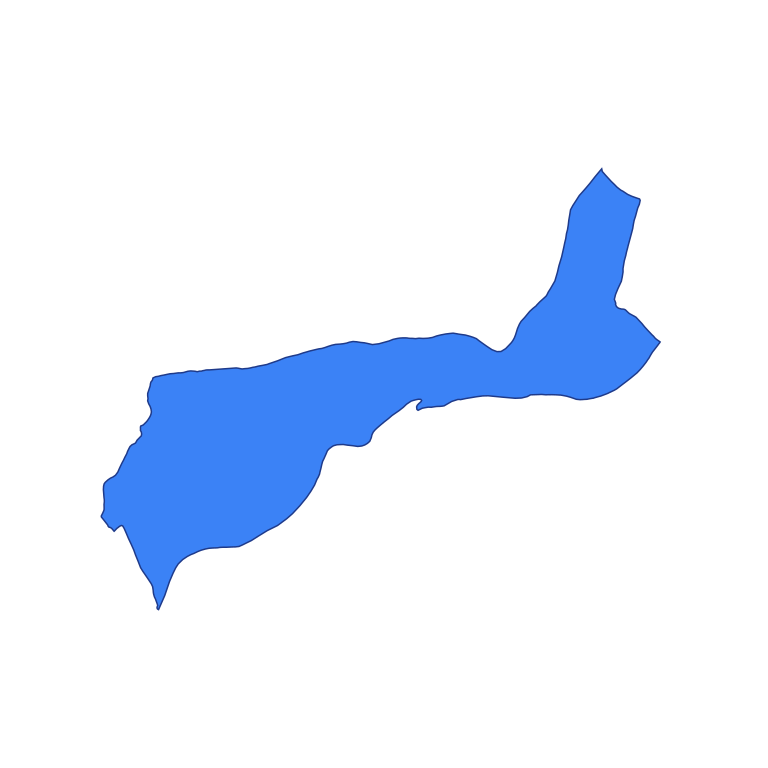 the district of Stueng Traeng, Stœng Trêng, Cambodia, rotated 234°
{"feature_id": "14789045B25849746907404", "entity_name": "Stueng Traeng", "entity_type": "district", "adm_level": 2, "iso_a3": "KHM", "parent_name": "Cambodia", "parent_adm1": "Stœng Trêng", "projection": "natural_earth1", "projection_center": [106.059, 13.658], "detail": "fine", "context": "isolated", "style": "filled", "palette": "blue", "viewbox_px": 768, "rotation_deg": 234, "n_neighbors": 0, "source": "geoboundaries", "source_scale": "gbopen_adm2", "svg_char_len": 5912}
<svg xmlns="http://www.w3.org/2000/svg" viewBox="0 0 768 768"><g transform="rotate(234 384 384)"><path d="M493.4,171.0L493.0,169.3L492.4,165.2L492.7,163.6L493.0,162.6L492.4,161.7L490.8,160.6L489.5,159.6L488.0,159.5L486.1,158.6L484.7,157.2L484.5,155.9L484.0,153.1L483.7,151.3L483.1,150.0L482.3,148.2L482.7,145.6L483.0,144.6L482.7,141.8L481.8,139.9L480.2,136.9L478.8,134.9L477.0,131.2L475.5,128.5L474.0,125.4L471.5,120.8L469.2,116.9L468.0,113.1L468.1,109.9L468.6,107.5L468.7,104.5L468.3,100.7L467.7,98.9L466.2,97.1L463.5,94.9L456.8,90.8L454.8,89.7L453.1,88.5L451.0,86.6L449.5,85.6L447.1,83.9L446.2,82.8L444.8,80.4L443.4,77.7L442.6,77.2L432.3,77.6L431.0,77.2L429.7,77.4L429.0,78.1L427.4,78.8L423.5,79.1L423.6,80.0L424.2,83.0L424.2,84.1L424.3,86.4L424.1,87.6L423.9,88.4L422.8,89.2L419.9,88.9L414.8,87.8L409.3,86.5L403.0,85.3L396.8,84.0L391.7,82.5L385.2,80.9L378.4,79.1L374.2,78.8L366.0,78.6L359.2,78.3L356.1,77.7L354.3,76.8L352.6,75.9L351.0,74.9L349.4,74.1L346.6,73.1L344.3,72.7L341.9,72.0L340.1,71.5L338.8,71.1L337.8,70.7L337.2,69.7L336.5,68.9L335.5,68.5L334.8,68.6L334.0,69.0L341.7,82.2L350.3,94.4L354.9,102.1L357.7,107.4L359.4,111.8L360.3,118.0L360.1,123.5L359.5,127.5L358.7,130.5L357.9,134.9L357.0,138.4L355.5,142.5L353.9,146.0L351.7,149.5L350.6,151.1L349.3,153.1L348.2,155.3L346.3,158.2L344.6,160.5L343.1,162.8L340.9,166.1L339.6,168.0L337.8,171.2L337.0,174.9L336.3,179.1L335.3,184.7L334.8,193.0L334.0,203.5L332.1,214.7L332.2,226.0L332.9,233.8L335.0,244.4L337.7,254.7L340.3,262.0L343.1,268.5L346.4,273.9L347.3,276.0L349.0,278.9L350.3,280.3L352.6,283.1L355.5,286.4L357.5,288.9L358.8,291.4L361.4,295.9L363.3,299.0L363.8,301.5L363.9,304.7L363.8,306.1L363.7,307.0L362.5,310.2L360.9,312.7L359.0,315.5L356.3,318.2L352.4,322.5L348.9,326.1L346.9,329.6L346.0,332.6L345.7,335.7L346.0,338.8L348.0,342.1L350.0,344.4L351.4,347.0L352.1,349.7L352.5,352.7L352.9,357.3L353.2,362.0L353.4,367.3L353.8,372.0L353.7,376.5L353.6,380.4L353.8,385.9L354.4,390.3L354.3,393.5L354.2,395.9L353.4,398.3L352.5,400.6L351.5,402.8L350.0,404.7L348.6,404.8L348.0,403.7L347.8,402.1L347.7,400.7L347.2,398.3L346.3,396.9L344.1,395.7L342.7,396.1L341.9,400.7L340.7,403.3L339.2,406.3L337.4,408.6L335.8,411.7L334.8,413.5L332.9,416.3L331.8,418.2L331.0,419.8L330.7,422.7L330.1,428.5L328.1,434.6L327.2,435.9L326.4,436.7L324.1,441.8L321.6,446.8L319.4,451.2L316.3,456.9L313.2,461.4L303.1,472.8L295.4,481.7L291.8,487.1L289.6,492.5L289.1,496.2L284.9,502.4L283.9,503.9L283.2,505.0L282.3,506.1L280.2,508.5L278.6,510.9L277.4,512.5L276.8,513.4L275.4,515.2L273.6,517.5L272.0,519.4L271.4,520.2L270.4,521.2L268.6,522.9L266.8,524.6L265.0,526.0L263.5,527.2L261.9,528.3L260.2,529.5L258.7,530.5L257.9,531.4L256.1,533.4L255.5,534.3L254.9,535.2L253.8,537.0L252.3,539.3L251.3,541.5L250.3,543.5L249.4,545.2L249.1,546.3L248.1,549.0L247.8,549.8L247.4,550.9L246.8,552.4L246.5,553.6L245.3,557.9L244.8,559.9L244.6,561.4L244.4,562.2L244.1,563.8L243.9,565.1L243.7,565.8L243.6,566.7L243.4,568.3L243.3,569.7L243.5,576.7L243.6,581.9L243.8,587.3L244.3,595.2L245.1,599.6L246.2,604.2L247.6,609.0L248.6,611.6L249.1,613.3L250.5,616.3L251.1,617.7L252.0,619.9L253.2,624.1L254.4,628.2L255.1,630.3L255.2,630.9L255.7,632.1L256.4,631.9L257.3,631.6L258.4,631.2L259.6,630.8L261.6,630.3L264.5,630.1L265.8,629.8L268.0,629.5L268.8,629.4L272.6,628.9L277.1,628.4L281.2,628.2L290.0,627.1L296.8,623.9L298.1,623.6L299.1,623.4L300.3,623.2L301.1,623.1L302.3,622.8L303.3,622.2L304.1,621.4L304.8,620.4L305.8,619.6L306.9,618.7L307.6,618.2L309.5,617.7L310.2,617.6L312.5,618.2L312.8,618.7L313.5,619.1L315.2,619.6L317.1,620.1L318.1,621.3L320.3,623.9L323.6,629.2L327.6,636.4L330.6,639.7L334.1,643.2L337.0,645.3L342.4,650.8L345.9,655.2L348.1,657.6L351.1,661.3L351.9,662.2L360.7,673.1L363.5,676.5L366.4,679.4L369.3,682.5L371.9,686.1L376.2,691.4L377.3,692.8L379.3,696.2L382.0,699.2L383.5,699.5L386.0,697.7L390.1,694.9L394.1,692.6L398.7,690.9L399.5,690.6L401.7,689.5L406.4,688.2L409.9,687.7L414.4,686.9L423.1,685.9L427.6,685.5L430.1,686.6L429.7,684.8L428.9,681.6L427.5,676.1L425.3,668.5L423.8,662.4L422.7,657.5L421.7,652.8L419.5,647.2L417.4,641.7L415.3,637.3L412.1,634.1L407.9,629.8L404.3,626.5L401.0,623.2L398.4,620.0L394.8,616.5L391.9,613.1L388.9,609.8L382.4,602.4L376.8,595.0L372.3,589.8L366.9,582.8L363.3,574.7L361.8,570.9L360.5,568.5L359.8,566.7L358.9,558.4L358.1,554.0L357.8,553.1L357.6,548.9L357.1,544.6L356.1,540.7L355.1,536.8L354.1,531.7L352.8,528.7L350.4,524.6L348.9,522.6L346.3,519.1L344.6,516.4L343.4,513.8L342.6,511.4L341.8,507.2L341.4,504.9L341.1,503.2L341.5,497.8L343.8,494.4L348.3,491.5L353.9,489.4L358.0,488.0L362.5,486.5L366.4,485.4L369.3,483.6L372.2,481.5L375.8,478.6L377.8,476.5L380.5,473.7L382.2,472.1L384.5,469.8L384.8,469.3L386.2,466.9L388.2,463.3L390.4,458.6L391.9,454.9L393.2,450.5L395.2,446.5L397.8,442.5L400.5,439.2L402.2,436.1L403.9,434.2L406.2,431.2L407.9,429.5L410.2,426.4L411.8,423.9L412.8,422.0L413.1,421.4L414.8,417.5L415.8,413.5L419.5,403.6L422.7,397.8L426.6,394.4L428.9,392.3L431.5,389.4L434.3,386.6L436.6,383.9L438.2,380.5L439.1,377.7L440.7,374.4L442.3,371.6L444.5,368.1L446.0,364.7L447.3,360.8L448.2,357.7L449.3,354.6L450.7,352.0L451.7,349.7L453.1,346.3L454.3,343.4L455.4,340.3L456.7,336.8L458.3,331.5L460.4,326.8L461.8,323.4L463.2,319.9L464.0,316.8L465.3,311.6L466.7,307.1L468.0,302.9L468.5,301.0L469.4,299.0L470.6,296.4L472.4,292.7L473.6,289.6L474.6,287.7L475.6,285.2L476.7,282.9L478.2,280.5L479.6,278.0L482.5,275.3L483.9,273.8L498.0,251.1L499.7,248.7L500.1,247.9L500.6,246.6L501.3,245.2L501.8,243.7L502.8,242.4L503.7,240.1L505.1,238.9L506.1,237.8L508.2,235.3L509.6,232.8L510.4,230.6L511.2,228.4L512.5,226.1L514.1,223.8L516.2,219.9L518.0,217.0L519.2,214.4L520.6,211.2L521.9,208.5L522.8,206.1L524.1,203.6L524.7,200.7L523.2,198.8L522.6,196.6L521.5,195.2L519.9,193.7L517.0,189.7L515.3,187.3L513.4,185.9L510.9,184.5L509.3,182.9L506.3,182.0L503.3,181.6L500.5,180.7L498.1,179.4L496.5,177.7L495.4,176.0L494.5,174.0L493.4,171.0Z" fill="#3b82f6" stroke="#1e3a8a" stroke-width="1.5"/></g></svg>